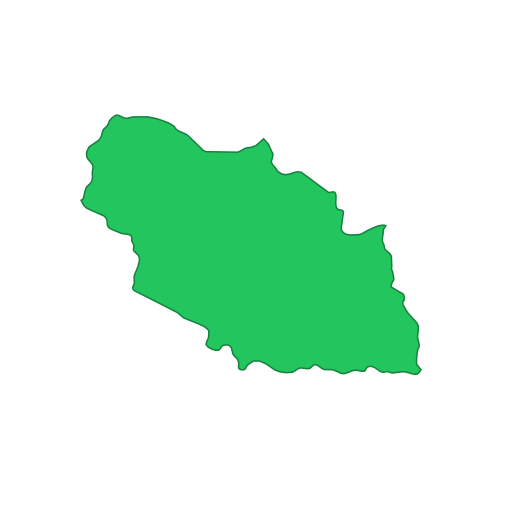 the border of Uvs, rotated 205°
{"feature_id": "MNG-3322", "entity_name": "Uvs", "entity_type": "Province", "adm_level": 1, "iso_a3": "MNG", "parent_name": "Mongolia", "parent_adm1": "", "projection": "natural_earth1", "projection_center": [92.636, 49.633], "detail": "fine", "context": "isolated", "style": "filled", "palette": "green", "viewbox_px": 512, "rotation_deg": 205, "n_neighbors": 0, "source": "natural_earth", "source_scale": "10m", "svg_char_len": 3901}
<svg xmlns="http://www.w3.org/2000/svg" viewBox="0 0 512 512"><g transform="rotate(205 256 256)"><path d="M222.3,146.5L223.9,146.7L225.0,148.1L226.3,151.5L228.0,153.7L230.1,155.1L233.0,156.0L235.6,157.5L239.6,162.4L242.2,163.6L243.7,163.5L245.3,162.9L246.8,162.0L248.1,160.9L248.9,159.4L249.3,156.5L249.8,155.1L252.3,153.6L256.5,152.9L260.9,153.2L263.7,154.5L264.5,157.6L264.5,161.8L265.8,165.3L266.6,167.1L267.1,168.1L267.9,168.7L269.3,169.3L273.6,170.3L276.0,170.2L279.4,170.2L295.4,169.3L303.4,171.5L327.6,172.4L351.8,173.2L353.2,173.9L354.3,175.0L354.6,176.4L354.7,179.6L357.5,185.3L358.1,187.4L358.5,196.6L359.4,201.1L360.1,203.4L361.1,205.3L362.7,206.8L368.5,208.8L369.6,209.7L370.1,210.8L370.4,212.1L370.9,213.5L371.7,214.5L374.7,216.9L375.4,218.0L376.7,220.6L377.5,221.4L378.9,221.8L380.8,221.6L387.4,219.6L399.5,219.1L401.7,219.6L403.6,221.0L405.2,223.8L406.5,225.9L406.9,226.4L410.3,228.0L429.6,227.8L432.7,228.6L435.9,230.8L437.0,231.8L438.1,232.6L436.9,234.1L437.1,236.9L438.1,240.8L438.7,245.5L438.7,246.9L438.6,247.3L438.4,248.0L437.1,251.1L436.5,253.1L436.6,255.3L437.4,258.1L439.2,261.5L440.0,263.4L440.9,266.9L441.4,267.9L442.6,269.5L444.6,270.7L449.0,272.7L450.8,273.9L452.0,275.6L452.9,277.1L453.5,279.7L453.3,284.5L447.4,294.6L446.8,297.3L446.9,300.2L447.5,302.6L447.8,305.0L447.5,307.0L446.5,309.3L445.9,311.2L445.7,313.1L445.9,316.0L445.9,316.9L444.9,320.3L442.4,324.5L440.2,325.4L434.6,325.4L431.5,326.0L426.1,330.2L421.2,332.5L412.8,336.4L403.6,338.6L391.8,339.7L385.3,339.0L385.0,338.8L381.8,337.1L379.7,336.6L371.3,336.8L368.3,336.3L348.4,329.4L345.4,329.4L316.6,342.3L314.7,344.3L311.6,348.7L309.2,350.7L306.4,352.4L302.7,356.0L298.6,365.5L292.2,362.6L290.7,361.5L286.1,357.4L284.5,356.4L284.2,356.0L283.7,355.2L283.5,354.8L283.1,353.8L282.6,351.6L282.3,349.3L282.2,348.8L282.0,348.3L281.7,347.7L281.3,347.2L280.0,346.0L274.4,343.4L273.4,342.8L273.1,342.5L272.6,342.2L271.9,341.9L268.3,341.3L266.1,341.5L263.4,342.3L259.9,344.7L257.1,347.5L253.8,350.0L250.4,351.0L242.7,349.5L217.4,344.3L216.2,344.7L213.1,346.8L211.4,347.0L210.0,346.0L208.6,343.7L206.1,337.7L204.6,335.1L202.7,333.3L201.0,333.0L199.7,333.1L198.0,333.8L196.8,333.7L195.4,333.1L190.7,317.7L189.8,316.1L188.7,315.1L186.9,314.2L184.6,313.8L182.0,314.1L178.8,315.2L171.9,318.8L169.7,320.6L165.3,326.8L158.5,334.5L154.5,337.4L151.3,338.5L151.3,336.7L151.7,334.5L151.6,333.8L151.4,333.1L151.0,332.4L148.8,325.1L147.8,323.1L147.5,322.6L146.8,321.8L144.6,320.0L143.0,317.7L142.5,317.1L142.0,316.7L141.1,316.2L136.0,314.8L134.3,313.8L133.2,313.0L129.1,305.1L127.5,301.2L127.3,300.9L126.7,300.5L126.1,300.0L121.8,294.2L121.4,293.5L121.1,292.8L121.1,292.3L121.1,291.8L121.1,291.3L121.3,290.3L121.4,289.8L121.4,289.3L121.1,286.8L120.8,285.9L120.5,285.4L120.0,285.1L118.3,284.9L111.4,284.1L107.3,283.9L105.5,283.1L105.2,282.8L104.9,282.4L103.7,280.2L103.4,279.3L103.2,278.9L103.1,278.3L103.3,277.7L103.6,276.8L103.0,275.4L102.2,273.9L94.8,268.8L82.1,263.4L80.2,261.9L79.5,261.3L79.1,260.8L78.7,259.9L78.3,258.9L77.9,258.0L77.3,257.1L77.2,256.6L76.0,252.3L75.0,250.3L70.5,244.3L70.1,243.5L69.9,242.4L69.8,241.8L69.8,239.7L69.7,239.1L69.0,236.4L67.1,230.8L65.4,227.0L65.0,226.4L64.6,226.0L63.9,225.4L60.1,223.5L58.5,222.9L58.6,221.0L59.1,218.7L60.2,216.9L62.3,215.7L71.4,214.1L74.2,213.1L82.7,207.7L84.1,207.3L86.9,207.0L88.3,206.7L91.8,204.2L94.8,203.9L100.8,205.0L103.8,204.9L105.0,204.6L106.2,204.1L107.3,203.3L108.2,202.1L108.6,200.9L108.6,198.4L109.2,197.4L111.7,196.2L117.1,194.8L119.7,193.2L124.7,188.0L126.5,186.6L129.1,185.6L137.2,185.5L139.5,184.9L146.2,181.9L148.8,182.0L154.6,183.0L157.0,182.4L158.1,180.9L158.7,179.1L159.4,177.3L161.1,175.8L168.1,173.5L169.9,172.0L173.4,166.6L175.3,165.2L180.1,162.7L185.3,161.2L190.5,160.7L201.7,162.5L208.3,162.3L214.1,159.6L217.7,153.3L217.9,151.7L217.9,150.1L218.2,148.7L219.1,147.6L220.5,146.9L222.3,146.5Z" fill="#22c55e" stroke="#15803d" stroke-width="1.5"/></g></svg>